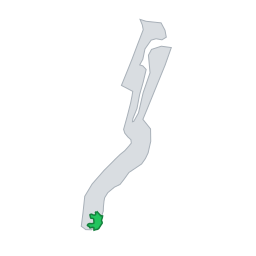 location of Wuli East, Upper River, Gambia, rotated 111°
{"feature_id": "56634734B89687119950058", "entity_name": "Wuli East", "entity_type": "district", "adm_level": 2, "iso_a3": "GMB", "parent_name": "Gambia", "parent_adm1": "Upper River", "projection": "albers", "projection_center": [-13.986, 13.484], "detail": "fine", "context": "in_parent", "style": "filled", "palette": "green", "viewbox_px": 256, "rotation_deg": 111, "n_neighbors": 0, "source": "geoboundaries", "source_scale": "gbopen_adm2", "svg_char_len": 2781}
<svg xmlns="http://www.w3.org/2000/svg" viewBox="0 0 256 256"><g transform="rotate(111 128 128)"><path d="M37.4,116.4L56.0,115.9L78.6,116.4L103.1,116.9L114.6,117.2L120.8,106.6L132.3,102.0L144.1,100.3L150.3,100.8L156.7,102.4L169.2,111.2L176.9,113.2L183.5,115.2L188.1,119.5L195.6,123.7L201.4,124.8L204.9,124.2L210.7,122.6L214.5,121.3L227.0,120.7L236.1,125.6L238.0,131.0L236.5,136.4L224.2,139.4L207.2,143.9L193.1,141.4L176.0,135.1L166.0,130.6L161.8,128.8L155.6,125.9L150.2,122.8L144.9,120.8L140.9,119.5L137.9,121.1L136.4,124.9L134.0,129.1L130.9,131.6L116.6,133.0L103.7,134.5L96.7,135.7L92.1,136.7L90.6,149.4L76.0,149.1L61.6,148.9L46.8,149.0L30.8,149.0L26.6,151.6L22.3,155.7L21.9,149.4L18.0,134.8L23.5,128.5L29.5,124.8L33.5,127.9L34.6,133.8L37.7,137.9L48.1,140.5L58.5,138.8L64.9,139.7L64.7,136.4L66.9,132.0L79.6,130.3L92.9,129.1L106.6,126.6L117.4,126.8L120.6,126.1L119.8,125.0L110.2,123.6L89.6,126.5L68.6,127.2L52.7,135.0L46.2,134.2L39.7,126.2L37.4,116.4Z" fill="#d9dde1" stroke="#a8b0b8" stroke-width="1"/><path d="M218.3,128.6L218.5,128.3L218.6,128.2L218.8,128.0L218.9,127.8L219.2,127.6L219.5,127.5L219.7,127.4L219.8,127.3L220.0,127.3L220.5,127.4L220.8,127.5L221.0,127.6L221.2,127.8L221.3,127.9L221.4,128.1L221.4,128.4L221.5,128.6L221.7,129.1L221.7,129.3L221.6,129.5L221.6,130.0L221.5,130.4L221.5,130.5L221.6,130.8L221.6,131.0L221.6,131.4L221.7,131.5L221.8,131.7L222.1,131.9L222.2,132.1L222.3,132.3L222.5,132.4L222.8,132.4L223.1,132.2L225.3,130.7L225.5,130.4L225.5,130.0L225.4,129.8L225.4,129.7L225.3,129.4L225.1,128.8L225.0,128.0L225.1,127.7L225.3,127.5L225.8,127.1L226.0,127.1L226.8,126.6L228.2,126.0L228.8,125.8L229.0,125.8L229.3,126.0L229.5,126.2L229.6,126.4L229.7,126.5L230.0,127.0L230.3,127.6L230.4,127.8L230.6,128.4L230.7,128.9L230.8,129.1L230.9,129.4L231.0,129.7L231.2,130.0L231.7,130.4L231.9,130.7L232.0,130.7L232.5,130.9L232.9,131.0L233.0,130.9L233.3,130.9L233.4,131.0L233.5,130.9L233.7,130.7L233.9,129.5L233.8,128.7L234.0,128.6L234.2,128.4L234.5,128.3L234.7,128.1L234.8,127.9L234.8,127.6L234.7,127.3L234.3,126.7L234.1,126.5L233.8,126.2L233.6,126.0L233.6,125.9L233.4,125.7L233.3,125.1L233.3,124.9L233.2,124.7L233.2,124.4L233.3,124.4L233.6,123.9L234.2,123.7L234.8,123.6L235.6,123.1L234.9,122.3L234.3,121.4L234.1,121.2L233.7,120.4L233.2,120.0L233.2,119.9L232.9,119.8L232.7,119.6L232.0,119.2L231.3,119.1L230.8,119.0L230.7,119.0L229.4,118.7L228.9,118.6L228.4,118.5L228.0,118.5L227.1,118.2L226.9,118.2L226.4,118.0L225.6,118.2L225.0,118.5L224.5,119.3L224.4,119.3L223.8,119.6L222.9,119.8L221.8,119.8L221.7,119.8L221.1,119.9L220.6,119.9L220.3,120.0L219.2,120.2L219.3,121.1L219.8,121.6L219.6,122.0L218.9,123.5L218.2,125.0L218.0,125.4L217.9,125.5L217.4,126.5L217.5,126.5L217.6,126.8L217.8,127.2L218.3,128.7L218.3,128.6Z" fill="#22c55e" stroke="#15803d" stroke-width="1.5"/></g></svg>